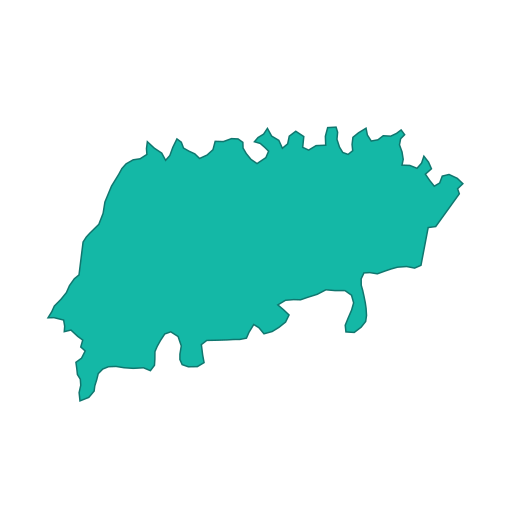 Riqueza, Santa Catarina, Brazil (Albers equal-area conic projection), rotated 264°
{"feature_id": "56859067B39578779945900", "entity_name": "Riqueza", "entity_type": "district", "adm_level": 2, "iso_a3": "BRA", "parent_name": "Brazil", "parent_adm1": "Santa Catarina", "projection": "albers", "projection_center": [-53.345, -26.985], "detail": "fine", "context": "isolated", "style": "filled", "palette": "teal", "viewbox_px": 512, "rotation_deg": 264, "n_neighbors": 0, "source": "geoboundaries", "source_scale": "gbopen_adm2", "svg_char_len": 2584}
<svg xmlns="http://www.w3.org/2000/svg" viewBox="0 0 512 512"><g transform="rotate(264 256 256)"><path d="M364.5,143.9L361.2,136.4L357.0,131.8L351.5,128.0L340.6,119.6L325.5,111.4L314.4,108.4L303.9,103.0L296.3,93.4L292.7,89.3L288.0,85.5L255.7,78.0L252.4,73.0L246.2,67.5L239.4,63.6L233.2,57.4L227.3,50.2L222.0,47.1L216.3,42.7L215.8,48.7L212.4,58.0L206.1,58.4L200.8,57.4L201.7,64.2L194.7,70.3L190.5,74.9L183.8,72.2L179.4,76.2L172.6,71.8L169.1,65.8L162.4,66.0L156.8,66.0L151.8,68.4L145.7,68.2L138.6,65.8L130.3,65.8L132.9,75.0L138.6,80.9L143.7,82.1L149.5,84.6L155.5,86.8L159.6,91.8L161.3,97.7L160.8,105.3L158.7,113.0L157.1,122.2L156.6,132.4L153.0,139.0L157.9,143.6L163.8,144.6L171.5,145.5L176.5,148.3L181.9,152.1L188.0,157.1L189.5,163.3L184.1,170.1L174.4,172.3L166.4,170.1L161.0,169.5L155.7,171.2L152.9,177.1L152.1,186.1L155.4,193.2L163.3,192.6L173.6,192.4L177.2,198.2L176.3,208.9L175.6,218.3L175.3,225.1L174.7,231.1L175.3,237.9L180.8,241.0L188.1,246.6L184.4,251.4L177.8,255.8L179.2,264.2L182.6,271.3L187.2,278.5L193.9,282.7L199.5,277.9L205.1,272.6L208.9,280.7L208.7,288.9L207.8,295.7L209.5,303.0L211.5,312.9L215.1,322.0L213.4,330.7L212.3,340.9L207.0,346.9L199.2,348.2L192.2,345.4L184.2,340.9L177.8,337.5L171.1,337.5L169.7,345.7L174.2,353.1L179.4,358.2L185.3,359.7L192.6,360.0L198.1,359.8L204.5,359.2L210.7,358.5L215.9,357.6L222.3,358.2L227.9,361.6L227.6,367.5L225.6,374.8L227.6,382.9L229.0,389.1L230.1,395.6L229.8,404.7L227.4,412.5L229.5,419.1L266.3,430.2L266.5,437.8L296.6,464.7L301.8,463.5L306.3,469.3L312.2,464.3L316.9,456.5L316.0,449.6L309.4,446.3L306.8,440.6L313.0,436.6L319.7,433.0L324.4,439.6L331.3,437.4L337.7,433.4L331.1,430.4L326.4,425.3L330.0,418.4L331.1,410.7L336.7,412.5L344.2,412.1L351.6,410.3L357.5,412.1L361.1,416.5L366.2,413.5L363.2,408.5L361.1,402.5L362.3,395.1L358.8,389.4L358.3,382.6L364.7,379.4L371.6,378.8L367.8,370.8L363.9,364.8L356.9,363.2L350.6,363.2L347.4,358.2L349.9,353.1L355.6,350.4L363.6,348.7L370.5,350.1L375.8,349.1L376.2,340.7L367.8,337.5L358.9,336.9L359.5,327.3L355.8,319.4L359.2,313.8L369.8,316.0L375.9,308.6L371.7,301.6L364.2,299.2L360.4,293.5L368.6,290.8L373.6,284.1L381.7,280.7L376.4,276.3L373.6,270.4L369.8,266.4L367.5,272.0L363.1,276.1L358.9,279.5L352.8,276.1L347.8,266.7L352.6,261.1L358.9,257.0L364.7,254.4L370.4,254.8L374.3,250.4L375.3,243.9L373.2,235.5L374.3,227.4L366.2,224.3L361.5,217.9L358.9,210.1L364.0,205.8L367.2,200.4L370.9,195.2L377.0,193.6L380.7,189.6L372.7,184.6L364.9,180.8L360.6,176.1L368.2,173.0L373.8,166.2L381.0,159.9L374.3,158.3L368.4,158.1L364.8,150.9L364.5,143.9Z" fill="#14b8a6" stroke="#0f766e" stroke-width="1.5"/></g></svg>